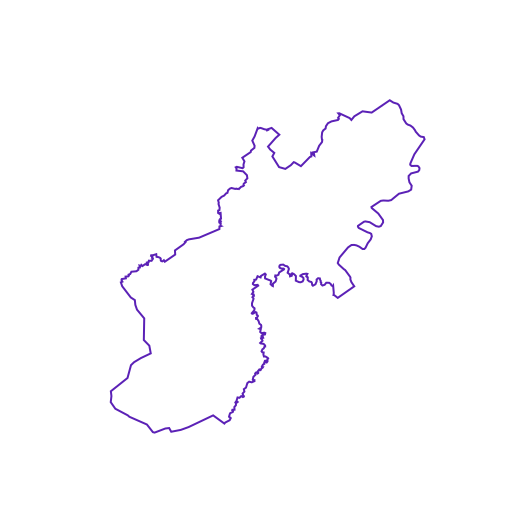 outline of Priekuļu pag., Priekulu, Latvia, rotated 124°
{"feature_id": "27541924B48534505716436", "entity_name": "Priekuļu pag.", "entity_type": "district", "adm_level": 2, "iso_a3": "LVA", "parent_name": "Latvia", "parent_adm1": "Priekulu", "projection": "mercator", "projection_center": [25.395, 57.328], "detail": "fine", "context": "isolated", "style": "outline", "palette": "violet", "viewbox_px": 512, "rotation_deg": 124, "n_neighbors": 0, "source": "geoboundaries", "source_scale": "gbopen_adm2", "svg_char_len": 6128}
<svg xmlns="http://www.w3.org/2000/svg" viewBox="0 0 512 512"><g transform="rotate(124 256 256)"><path d="M458.4,294.7L461.3,287.2L459.8,273.2L460.1,271.1L456.7,252.2L459.7,243.0L459.1,241.3L449.7,234.7L447.2,231.8L449.1,228.0L442.2,221.1L435.5,216.2L412.1,202.4L412.6,188.5L411.3,188.4L406.9,186.0L404.5,186.3L404.3,186.8L404.6,187.8L404.3,188.5L401.5,189.4L400.7,189.5L398.3,188.0L397.0,188.4L397.1,189.5L396.7,189.6L395.4,187.9L393.3,189.5L391.0,189.2L389.4,190.2L389.0,191.2L388.4,191.2L388.0,189.8L387.3,189.6L387.2,191.1L383.6,192.2L382.8,190.4L380.4,189.9L380.3,188.0L379.5,187.5L379.0,187.6L378.7,188.7L377.5,190.2L374.9,189.8L373.2,191.6L370.7,190.7L366.2,192.1L364.0,191.4L363.1,188.9L360.6,187.3L359.8,187.9L360.6,188.9L360.4,189.5L357.6,190.6L354.6,190.0L353.9,191.0L352.7,190.9L352.0,190.0L352.5,189.0L351.9,188.7L351.5,188.9L351.4,190.1L348.1,189.8L347.9,189.5L348.7,189.0L348.1,188.4L345.9,188.6L345.1,188.1L344.3,188.1L344.7,189.0L344.5,189.3L342.2,189.5L340.8,188.8L340.3,189.4L337.9,190.0L337.2,189.2L338.4,188.4L338.6,187.9L338.4,187.6L337.0,187.5L335.2,188.8L334.2,188.6L333.9,189.2L334.0,192.0L334.9,193.2L333.5,194.8L331.7,195.7L332.3,197.0L331.9,198.1L329.8,198.5L328.2,197.9L326.3,198.3L325.9,197.8L325.1,198.4L324.6,200.5L325.9,203.3L325.8,203.9L322.6,203.2L321.6,204.7L321.7,205.6L321.4,205.9L319.8,204.3L319.1,205.2L319.6,206.3L319.4,206.7L317.8,206.4L316.0,204.7L314.7,205.2L314.9,206.2L316.9,208.3L316.6,210.1L314.0,211.1L314.4,212.6L312.4,211.7L311.0,212.5L310.3,213.3L310.2,215.4L308.6,217.3L307.6,219.5L308.1,220.8L307.4,221.3L307.0,220.8L304.8,220.8L304.4,221.2L304.4,222.4L302.6,224.0L302.7,225.0L305.4,226.2L306.0,226.8L305.8,227.5L301.9,227.1L300.5,227.7L300.1,228.1L300.1,229.4L299.4,231.5L297.4,232.9L292.9,234.1L292.5,234.4L292.2,235.9L290.6,236.1L290.1,235.5L289.2,236.4L289.7,238.1L287.2,238.1L285.9,240.2L279.4,237.6L279.0,238.5L281.1,241.0L281.0,242.9L280.1,243.4L277.9,243.2L276.7,244.1L275.8,242.9L275.0,242.8L271.9,243.4L271.2,240.2L269.7,240.7L265.6,238.8L265.8,237.6L268.1,237.0L269.5,235.9L268.2,230.0L268.3,229.4L271.2,228.2L271.6,225.8L271.5,225.2L269.5,226.5L266.2,225.5L263.5,226.3L263.1,226.6L262.5,228.6L261.3,229.1L260.7,227.9L259.0,226.9L256.7,227.6L251.5,225.3L251.1,225.4L251.0,226.1L252.2,227.9L252.5,229.7L252.0,230.6L250.7,231.1L249.7,230.8L247.9,228.6L247.9,226.3L247.1,224.4L247.4,222.9L248.3,221.5L252.2,220.4L252.4,217.6L253.8,216.4L252.4,215.3L251.3,215.7L251.6,216.3L251.4,216.7L250.5,216.6L250.0,216.2L249.8,214.2L250.3,211.7L254.2,209.2L253.6,205.7L252.8,204.3L251.0,203.1L248.9,203.4L247.7,204.4L247.4,205.8L247.8,208.1L247.4,208.3L244.8,207.0L242.5,204.4L242.1,203.4L244.7,203.0L244.9,202.4L244.6,201.6L244.8,201.1L247.0,199.8L247.3,197.6L246.6,195.6L246.9,194.8L248.6,193.2L248.8,192.2L246.2,190.9L242.9,191.6L241.6,192.6L239.7,192.1L238.9,190.5L239.9,189.6L240.3,188.6L241.5,187.8L241.5,187.1L243.0,186.2L243.3,184.4L241.5,183.0L238.9,182.8L237.3,180.4L237.4,178.5L238.2,176.9L238.1,175.5L237.4,175.5L243.2,170.8L245.0,169.9L244.7,169.4L245.0,164.8L226.2,157.6L224.3,162.3L222.7,164.6L221.0,165.7L220.6,166.4L217.8,174.2L217.8,175.8L216.8,182.6L216.1,184.3L210.5,185.9L197.4,184.5L193.5,183.0L191.9,180.8L191.0,178.6L190.5,175.5L190.6,171.5L189.6,170.1L187.9,169.8L183.0,170.5L178.1,170.2L174.9,171.0L173.2,172.9L173.3,174.5L174.0,176.8L175.3,186.5L174.7,187.9L174.0,188.3L167.3,185.7L166.2,184.7L164.4,180.7L164.1,173.1L163.0,170.5L161.4,169.3L157.1,169.4L155.2,170.8L152.4,178.4L151.5,186.9L150.8,187.7L140.5,183.4L138.8,181.5L136.2,177.2L134.1,175.2L124.4,172.3L117.3,165.9L114.2,164.5L110.7,166.2L109.1,170.0L106.4,172.8L104.3,174.2L100.8,173.6L95.5,168.9L93.5,168.7L91.7,169.6L90.9,171.5L91.1,172.7L94.4,177.5L94.1,179.2L92.9,179.8L83.1,181.6L65.0,181.5L63.6,183.4L64.9,186.2L64.9,188.2L63.6,193.2L62.9,194.3L61.7,197.7L61.5,200.9L62.2,203.7L62.1,205.6L60.1,210.2L57.7,211.9L56.2,215.0L53.5,217.6L51.0,221.8L50.7,223.7L52.0,228.0L52.1,232.2L72.4,240.3L76.5,248.6L85.2,252.6L89.9,253.0L89.3,255.5L91.1,266.8L91.7,267.5L92.3,265.2L95.6,265.2L96.0,264.0L97.4,264.1L102.2,268.7L105.7,270.6L109.3,270.6L111.4,269.6L114.2,270.5L116.5,270.3L120.5,268.2L122.6,266.4L122.6,266.0L124.6,265.0L129.2,265.3L135.5,264.0L138.2,266.7L138.8,265.1L140.1,263.9L139.9,267.7L142.5,265.8L143.8,266.7L156.4,269.0L156.8,276.2L157.1,277.2L161.2,277.9L167.4,280.4L169.4,286.6L164.3,298.1L160.3,298.5L159.8,303.7L158.6,307.2L147.1,305.7L142.4,304.5L141.1,314.7L144.2,317.0L144.6,316.4L145.7,317.1L145.3,317.7L146.3,320.1L147.0,323.0L147.5,324.3L149.2,325.4L149.0,326.1L157.7,324.0L162.4,323.6L165.4,318.8L167.3,317.8L171.4,319.1L172.8,318.5L182.2,322.3L184.0,318.5L187.0,317.6L189.4,315.9L190.7,316.2L192.8,321.8L193.8,322.4L194.4,321.0L196.1,320.0L193.0,314.0L194.1,308.7L196.4,306.6L199.5,307.1L200.4,305.7L202.9,306.6L204.3,306.0L204.4,305.5L205.2,305.7L207.1,307.1L210.0,307.6L210.0,308.1L211.0,309.1L211.2,310.1L212.0,310.7L213.3,314.3L214.7,315.3L217.1,315.9L219.6,315.0L220.8,315.8L223.7,316.2L226.2,317.6L231.0,318.6L232.7,316.6L233.8,316.2L236.3,313.1L238.4,312.0L239.5,312.8L241.5,311.5L241.5,309.5L240.4,309.9L240.0,309.5L244.6,305.9L245.5,306.4L246.4,305.4L247.0,306.3L247.9,305.8L247.2,304.9L247.3,304.3L248.8,304.6L248.8,303.4L250.8,302.4L250.7,301.7L252.0,302.8L254.1,301.4L272.6,313.4L279.7,320.9L281.5,322.2L283.8,322.8L283.9,322.2L286.8,322.6L296.7,326.3L300.0,323.8L311.7,328.4L311.0,330.0L312.7,330.5L313.2,331.7L312.8,332.6L311.4,333.6L311.2,334.4L311.4,336.0L312.3,338.0L310.3,339.7L313.0,341.9L314.0,343.3L314.6,343.1L314.4,341.6L315.7,341.2L315.5,340.4L315.9,339.9L318.4,339.9L319.8,342.2L321.1,341.6L322.5,342.9L323.1,342.5L323.0,341.0L323.9,340.6L324.2,340.9L324.7,343.3L327.8,344.5L327.5,346.1L328.9,346.0L329.1,347.2L330.5,345.9L331.5,346.9L333.2,345.8L335.5,346.6L338.7,350.5L341.3,350.2L342.7,351.2L343.4,350.4L344.3,350.5L346.0,352.6L347.3,351.4L350.2,354.4L351.1,354.1L352.0,352.4L353.4,353.3L355.9,350.0L360.4,336.6L360.3,331.8L364.0,328.7L367.0,324.7L370.2,313.8L388.4,302.0L390.0,294.3L395.6,288.8L404.9,294.3L412.2,297.7L416.4,298.6L429.0,294.3L449.3,300.7L453.0,297.5L458.4,294.7Z" fill="none" stroke="#5b21b6" stroke-width="2"/></g></svg>